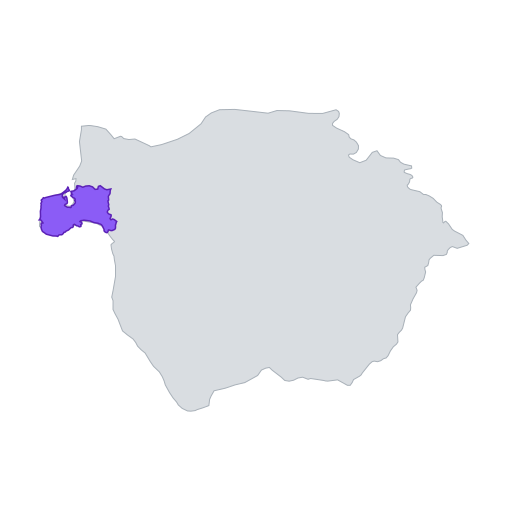 Tulcea highlighted on a map of Romania, rotated 175°
{"feature_id": "ROU-4847", "entity_name": "Tulcea", "entity_type": "County", "adm_level": 1, "iso_a3": "ROU", "parent_name": "Romania", "parent_adm1": "", "projection": "mercator", "projection_center": [28.807, 45.066], "detail": "fine", "context": "in_parent", "style": "filled", "palette": "violet", "viewbox_px": 512, "rotation_deg": 175, "n_neighbors": 0, "source": "natural_earth", "source_scale": "10m", "svg_char_len": 6608}
<svg xmlns="http://www.w3.org/2000/svg" viewBox="0 0 512 512"><g transform="rotate(175 256 256)"><path d="M401.9,292.4L406.6,299.0L412.6,302.6L426.5,306.3L427.8,305.8L427.9,305.1L427.0,304.2L426.8,302.9L427.5,301.4L429.4,301.3L432.6,302.7L438.6,300.7L447.4,295.5L455.5,294.4L462.9,297.5L466.7,301.2L469.1,304.6L468.4,308.9L467.9,311.5L465.9,322.5L464.6,326.6L462.4,331.2L439.5,336.6L441.0,334.0L440.4,329.4L439.5,325.9L441.6,322.8L436.5,321.7L434.2,323.4L432.4,326.4L434.0,333.3L431.5,337.1L430.5,339.2L430.4,344.3L428.9,346.4L428.6,348.8L432.3,348.2L430.6,352.5L423.8,360.9L421.4,365.8L421.9,385.4L418.9,397.0L418.6,400.5L411.4,400.6L409.2,400.3L402.3,398.6L394.5,395.5L390.0,389.5L387.1,385.2L380.5,387.1L379.3,386.6L377.5,384.5L372.5,383.1L366.4,383.1L352.7,375.2L351.2,373.9L340.4,375.2L324.2,379.1L311.9,383.9L299.2,392.5L294.1,398.9L288.1,402.4L279.6,404.9L264.4,403.9L248.5,400.7L231.5,397.2L222.4,399.1L209.9,397.7L191.2,393.5L177.2,392.2L163.5,394.7L161.1,392.8L160.6,390.7L161.2,387.6L163.1,385.2L166.4,383.3L168.2,381.4L168.4,379.5L164.6,376.4L157.0,372.1L153.8,369.4L153.1,368.8L152.8,366.4L151.3,364.5L148.3,363.1L146.0,360.6L144.3,357.0L144.7,353.6L147.0,350.4L150.0,349.0L153.6,349.4L155.1,348.5L154.5,346.3L151.0,343.4L144.5,339.9L137.9,341.8L131.1,349.1L126.3,350.3L123.3,345.3L118.0,342.4L110.4,341.5L105.7,339.6L103.9,336.8L100.6,334.6L93.2,332.2L93.2,330.0L94.3,329.5L96.9,329.3L100.4,328.8L101.0,327.5L101.0,326.4L98.3,324.9L95.5,323.9L94.0,322.9L93.1,321.8L92.9,320.6L93.7,319.9L94.9,319.8L96.0,319.1L96.6,316.4L98.1,314.2L99.2,313.4L99.1,311.8L98.0,310.3L96.5,308.9L94.2,308.1L87.2,305.8L83.7,302.6L81.5,302.5L78.1,300.7L74.4,297.9L71.2,293.9L67.8,291.3L66.9,290.2L66.8,289.2L67.4,288.1L67.4,286.9L66.5,283.0L67.1,278.8L66.9,274.9L66.9,273.1L66.2,272.6L65.6,273.2L64.8,273.9L63.9,274.1L61.4,271.2L58.2,265.4L56.0,263.5L51.7,260.8L48.1,258.5L45.6,253.7L42.9,249.9L44.7,248.3L54.9,246.1L59.6,248.3L61.8,247.5L63.9,245.7L65.0,244.3L65.2,242.8L66.2,241.0L69.7,240.1L78.8,241.2L82.5,238.6L83.9,237.2L84.7,234.0L85.7,231.5L88.9,230.1L88.9,227.8L88.4,225.3L90.3,219.7L91.5,217.3L93.3,216.5L95.5,214.7L99.4,211.0L98.5,207.8L99.3,205.4L103.3,199.6L106.4,193.9L106.4,191.1L106.8,188.6L109.5,185.9L112.4,182.4L116.2,171.4L117.5,169.5L120.0,167.4L121.9,165.3L122.1,158.0L123.8,155.9L127.1,153.6L130.4,149.7L133.1,145.2L135.2,143.1L137.9,142.6L140.9,140.8L144.2,140.1L147.4,141.0L149.5,140.6L152.5,138.4L160.4,130.1L161.6,128.4L163.2,127.3L169.6,124.4L171.2,121.6L173.4,119.0L176.2,119.2L185.5,125.5L195.4,125.1L197.2,125.4L197.8,125.5L199.0,126.0L212.2,129.2L214.3,128.8L214.8,128.6L220.1,131.2L224.8,130.8L229.3,129.0L233.9,128.4L238.2,129.5L241.5,133.2L249.9,140.9L252.4,143.8L256.2,143.4L260.5,141.9L264.8,136.8L278.1,130.9L288.2,129.4L298.1,127.0L309.5,125.4L312.9,120.5L314.7,117.2L316.0,111.1L322.1,109.4L328.0,108.1L330.1,107.3L334.4,107.1L337.7,107.6L342.8,110.6L346.4,114.4L347.8,117.4L350.9,121.7L354.1,127.6L357.6,135.5L358.4,139.5L359.8,143.8L362.4,149.0L367.5,154.8L368.2,155.9L370.5,160.0L374.9,169.0L378.6,172.6L381.8,176.5L383.4,180.4L385.7,184.0L391.1,188.7L395.5,193.0L399.0,205.2L401.5,210.9L403.1,215.2L402.3,223.9L403.3,227.6L401.3,234.4L397.7,248.0L396.8,258.7L397.4,264.5L397.5,268.3L398.4,270.6L399.3,275.5L399.5,279.8L398.2,281.0L396.4,282.0L395.7,282.9L397.3,284.8L399.6,288.3L401.9,292.4Z" fill="#d9dde1" stroke="#a8b0b8" stroke-width="1"/><path d="M403.0,292.3L404.3,293.1L405.2,294.3L405.0,295.5L406.3,299.0L407.2,300.6L408.2,301.3L409.0,301.5L410.5,302.4L414.5,303.4L418.3,305.4L424.3,306.7L425.9,306.5L427.4,306.5L427.9,306.2L428.4,305.6L427.2,305.0L426.8,304.8L426.6,304.3L426.5,303.7L426.6,303.2L427.9,302.6L427.8,301.6L427.9,300.7L429.1,300.4L429.7,300.6L430.9,301.5L432.0,301.7L432.5,302.1L433.3,302.9L434.2,303.4L435.2,303.0L435.4,302.6L435.5,301.3L435.8,300.8L436.1,300.5L436.5,300.4L437.5,300.4L438.1,300.1L440.5,298.2L442.3,297.6L443.1,297.3L443.7,296.6L444.1,296.4L445.2,296.4L445.4,296.2L445.6,295.7L446.0,295.3L446.6,294.7L447.6,294.1L448.3,294.1L449.1,294.2L450.0,294.2L450.4,294.1L450.8,293.8L451.2,293.5L451.4,293.1L451.8,292.8L452.3,292.9L452.8,293.2L453.3,293.3L456.7,293.7L463.0,296.0L465.1,297.9L465.6,298.2L466.6,299.1L467.4,301.3L467.6,303.8L467.0,305.6L467.3,306.0L467.3,306.5L467.2,307.0L467.0,307.4L466.6,307.4L465.4,307.4L465.4,307.8L466.1,308.7L466.6,309.9L467.4,310.7L468.8,310.9L467.8,312.0L467.2,313.8L466.9,319.4L466.6,320.4L466.0,322.3L465.9,323.2L465.9,324.2L465.7,325.1L465.4,325.7L465.7,327.1L464.6,328.8L465.1,330.0L464.8,330.8L464.5,331.0L464.1,331.1L463.6,331.4L463.0,332.4L462.6,332.6L461.7,332.2L461.2,332.3L460.8,332.5L460.3,332.6L451.6,334.0L446.0,334.4L444.4,334.9L439.8,338.0L438.5,339.3L437.4,341.0L437.0,340.5L437.1,339.6L436.5,338.4L436.2,337.4L437.2,337.0L438.3,336.8L439.9,335.9L441.7,335.5L442.8,334.8L443.6,333.7L443.8,332.2L443.6,331.4L443.0,330.6L441.7,329.2L441.9,330.2L442.0,330.7L442.0,331.4L441.3,331.2L440.6,331.7L440.0,331.9L439.5,330.9L439.3,329.8L439.2,325.9L439.7,324.7L441.8,324.0L442.3,323.1L441.9,322.5L439.9,321.2L439.4,320.9L438.0,320.9L436.6,320.4L436.1,320.5L435.9,320.8L435.8,321.4L435.5,322.0L435.0,322.3L434.0,322.3L433.6,322.5L431.9,324.1L431.4,324.8L431.2,326.2L431.2,326.5L431.7,326.8L431.8,327.3L431.7,327.6L431.5,327.8L431.3,327.9L431.2,328.1L431.3,328.7L431.6,329.2L432.0,329.5L433.0,329.9L435.2,332.2L434.6,332.9L434.4,333.0L433.9,333.1L434.4,333.5L434.6,333.5L434.6,334.0L434.0,334.4L434.0,335.0L434.3,335.6L434.9,336.1L434.5,336.5L433.9,336.6L431.9,336.7L431.4,336.9L428.7,338.6L428.2,339.0L427.8,339.9L427.7,340.7L428.0,341.0L428.7,340.5L428.5,341.3L427.7,341.6L425.1,341.0L422.5,339.6L419.6,340.5L416.0,340.5L412.8,339.1L410.5,336.4L407.9,336.4L406.9,339.1L405.0,339.6L403.0,337.8L401.1,336.0L398.8,335.0L394.8,335.4L395.4,334.2L395.7,332.9L395.9,331.3L396.3,330.4L397.6,328.8L397.9,328.1L398.0,327.8L397.9,327.5L397.9,324.7L398.0,324.4L398.7,323.8L398.6,322.3L398.2,320.0L398.3,319.6L398.7,318.9L398.8,318.5L398.7,318.1L398.6,317.9L398.5,317.6L398.2,315.5L398.3,315.2L398.9,315.0L399.6,314.3L400.1,313.5L400.3,312.6L399.9,311.8L399.2,310.9L398.2,310.3L397.4,310.0L396.7,309.5L396.9,308.2L397.6,306.9L398.2,306.0L398.0,305.6L397.8,305.3L397.6,305.0L397.3,304.7L395.7,305.4L394.1,304.7L391.7,302.5L392.3,301.6L392.5,301.2L392.7,300.3L392.8,300.1L393.2,299.4L393.2,299.2L393.3,299.0L393.4,297.1L393.5,296.5L393.6,295.9L394.3,294.9L394.6,294.7L395.1,294.6L397.0,293.9L397.5,293.9L397.9,293.9L398.7,294.1L400.0,294.7L400.5,294.8L400.7,294.7L400.9,294.6L401.0,294.1L401.1,293.8L401.3,293.3L401.9,292.5L402.0,292.4L403.0,292.3Z" fill="#8b5cf6" stroke="#5b21b6" stroke-width="1.5"/></g></svg>